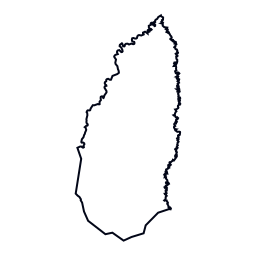 Saixan, Selenge, Mongolia (orthographic projection)
{"feature_id": "93677404B36550032188300", "entity_name": "Saixan", "entity_type": "district", "adm_level": 2, "iso_a3": "MNG", "parent_name": "Mongolia", "parent_adm1": "Selenge", "projection": "orthographic", "projection_center": [105.809, 49.34], "detail": "fine", "context": "isolated", "style": "outline", "palette": "ink", "viewbox_px": 256, "rotation_deg": 0, "n_neighbors": 0, "source": "geoboundaries", "source_scale": "gbopen_adm2", "svg_char_len": 5819}
<svg xmlns="http://www.w3.org/2000/svg" viewBox="0 0 256 256"><path d="M170.6,209.3L170.9,208.4L169.8,207.2L168.5,207.2L168.3,205.5L167.2,203.8L167.3,203.4L167.9,203.0L167.9,202.6L166.8,201.2L166.7,200.5L165.8,200.3L164.5,200.7L164.2,200.4L165.2,199.7L165.8,197.9L165.6,197.4L165.9,196.3L166.7,195.8L166.1,195.0L166.0,194.4L165.0,194.3L164.8,193.9L165.8,193.9L166.6,193.1L165.8,192.3L165.6,190.3L165.9,190.0L166.3,190.8L166.7,190.7L166.9,189.8L166.4,188.9L167.0,188.0L166.6,187.4L164.8,187.8L164.5,187.2L165.4,186.7L165.7,185.7L166.3,185.8L167.7,184.8L167.5,184.0L166.0,183.1L165.9,182.7L166.1,182.3L166.6,182.4L168.3,184.2L169.0,183.8L168.8,183.3L167.4,181.7L167.3,180.2L165.9,178.5L166.1,177.1L165.6,176.8L164.7,177.1L165.0,175.9L164.8,175.6L165.2,175.0L164.3,174.6L164.5,174.3L165.7,174.7L165.7,174.1L165.3,173.7L165.5,173.4L167.3,173.6L166.7,171.2L166.2,170.9L165.9,171.2L165.8,172.4L165.5,172.1L165.5,171.5L166.3,170.3L166.1,169.5L168.2,168.5L168.4,168.3L168.1,167.4L168.2,167.1L169.3,167.4L169.3,166.8L168.2,165.6L168.3,165.0L169.0,164.8L170.3,165.3L170.8,164.8L169.5,163.1L169.5,162.4L169.9,162.1L170.8,162.2L172.1,161.0L172.6,160.9L172.9,159.8L174.0,160.4L175.7,158.1L175.4,157.3L176.4,157.1L176.7,156.5L175.2,155.7L175.5,155.1L176.3,155.6L176.8,155.4L176.8,154.9L176.4,153.6L176.9,152.2L176.0,151.6L176.3,150.0L175.4,149.7L175.1,149.2L175.9,148.4L177.2,148.3L177.6,147.8L176.8,146.7L176.8,146.3L177.8,145.3L177.2,144.3L177.6,143.7L177.6,142.6L178.5,141.9L178.6,141.5L177.5,140.4L178.4,139.3L177.2,138.9L177.0,138.4L178.6,137.4L178.5,136.8L178.0,136.2L178.0,135.5L178.5,135.0L179.4,135.1L179.8,134.8L180.1,132.3L180.0,131.9L179.5,131.7L177.2,131.8L176.4,130.9L175.6,130.7L175.2,130.1L176.3,129.3L174.9,129.1L174.0,127.5L174.1,126.6L175.2,126.0L174.2,124.4L174.2,124.0L174.6,123.5L176.0,123.5L176.2,122.6L176.9,121.8L176.6,121.4L175.7,121.5L176.0,120.8L176.1,119.8L177.2,119.3L177.0,118.3L177.9,118.5L178.1,118.1L177.1,117.2L176.3,117.7L175.4,116.8L175.1,115.7L173.8,115.5L173.5,115.2L174.7,114.8L175.0,113.5L175.6,112.1L176.4,111.3L175.2,109.5L176.4,109.3L178.2,108.1L178.4,107.5L177.9,106.4L178.0,105.6L178.7,105.1L178.8,104.6L179.2,104.6L179.6,104.1L180.0,104.4L180.3,103.9L180.1,103.3L179.0,102.9L179.3,102.1L178.7,101.2L179.9,100.8L180.0,100.2L178.4,99.4L178.2,99.0L178.7,98.5L179.9,98.5L180.2,98.2L180.0,97.5L178.3,96.9L178.3,96.4L178.7,95.3L178.2,94.6L178.4,93.9L178.0,93.1L178.7,92.2L179.6,91.7L179.7,91.2L179.2,90.7L177.5,91.1L177.8,90.1L176.6,89.2L177.4,89.1L178.7,89.4L179.3,89.1L179.1,88.5L177.6,87.3L178.7,86.9L178.7,86.3L177.1,85.8L177.1,85.5L178.1,84.6L177.7,83.6L179.1,82.7L178.9,82.1L177.5,81.2L177.9,80.5L177.8,79.9L179.0,80.0L179.2,79.3L178.3,78.6L177.5,78.9L176.9,78.7L176.7,78.2L177.6,77.8L178.1,76.8L176.5,76.6L177.8,75.8L177.5,75.3L177.9,74.7L177.2,74.1L178.8,74.0L179.3,73.4L178.5,72.6L177.6,72.4L176.3,73.4L175.8,73.2L175.1,71.2L176.4,70.4L176.0,68.9L176.2,67.5L176.0,66.2L175.6,65.9L173.8,66.0L174.6,64.6L175.5,64.9L176.1,64.5L175.9,63.8L174.1,63.3L174.4,62.5L175.6,62.4L176.0,63.4L176.4,63.6L176.8,63.2L177.3,61.6L177.2,60.6L177.3,59.9L176.4,58.8L176.2,56.5L177.4,56.2L177.5,55.7L175.7,53.8L176.3,53.3L177.8,53.2L178.0,52.5L177.1,51.6L177.3,50.5L176.8,49.5L175.6,49.2L175.3,48.1L174.2,47.3L174.3,47.0L175.5,46.1L175.4,45.0L176.4,44.3L176.2,43.7L175.3,43.3L175.9,42.5L175.8,42.0L175.3,41.9L174.4,42.8L174.2,41.3L173.2,41.5L172.9,41.2L173.0,40.0L172.5,39.9L172.0,40.5L170.3,39.1L170.4,38.7L171.2,38.4L171.7,37.6L171.3,36.4L170.4,35.5L169.5,33.7L168.5,33.2L168.9,32.4L168.7,32.1L168.3,31.9L167.3,32.2L166.5,32.1L166.6,31.6L167.6,30.5L167.8,29.7L167.4,29.2L166.5,29.6L165.9,29.2L167.1,28.4L167.3,27.6L164.3,27.2L162.7,25.7L162.8,23.9L161.4,23.4L162.5,23.1L162.8,22.6L161.6,22.3L161.3,21.8L162.1,20.8L162.0,20.1L163.0,19.8L163.1,17.4L161.1,16.3L160.9,15.4L158.2,17.1L157.3,18.8L155.6,19.8L155.1,20.7L155.0,21.5L153.6,22.3L153.7,22.8L154.6,22.8L153.8,23.8L155.2,24.9L155.1,25.9L154.5,26.1L153.8,24.9L152.8,24.7L152.3,23.0L151.8,22.7L151.1,22.9L150.7,23.4L151.0,24.7L148.8,25.8L148.9,27.7L149.4,28.4L151.1,29.0L151.6,29.6L150.2,30.7L148.7,29.7L147.9,30.0L147.6,30.5L147.7,30.8L148.7,31.9L147.5,32.3L147.6,33.5L145.6,31.9L145.0,31.7L143.0,32.6L143.0,33.4L143.8,34.2L143.7,34.5L141.2,35.5L139.6,35.1L138.4,35.2L137.4,36.2L136.9,38.1L136.3,38.5L135.2,38.6L133.3,38.0L132.2,38.3L131.9,39.4L132.0,40.8L132.5,41.5L134.2,41.9L134.4,42.3L134.4,43.6L134.2,43.9L133.2,44.2L131.4,43.6L129.0,44.5L127.7,43.7L126.0,43.8L125.3,44.3L124.9,44.8L124.7,46.0L124.3,46.4L123.1,46.2L122.3,43.7L121.9,43.3L119.9,44.8L119.6,46.1L121.3,47.6L122.4,50.0L122.6,51.4L122.1,52.0L121.3,52.1L119.3,50.1L117.7,50.5L117.1,51.3L117.0,52.4L117.8,54.1L115.3,54.9L114.2,56.3L114.4,57.2L116.0,59.5L115.3,62.7L115.6,64.0L117.4,66.2L118.0,69.4L118.5,70.3L118.9,72.3L118.8,72.9L117.2,74.1L112.5,75.9L111.0,79.7L110.0,79.8L108.1,78.8L106.8,79.2L106.3,79.7L106.2,81.3L105.0,82.1L104.7,83.1L105.3,84.5L106.2,85.1L106.4,85.8L104.8,86.4L104.6,86.8L104.5,87.7L106.5,91.1L106.5,92.4L104.2,95.7L104.1,96.7L103.5,98.0L103.1,97.8L102.9,96.9L102.4,96.4L101.5,96.4L100.8,96.8L100.6,98.0L100.9,100.1L99.6,101.6L99.6,104.2L99.0,104.4L97.9,104.0L94.3,105.3L92.8,105.2L90.6,108.6L90.2,110.1L89.8,110.4L87.6,110.4L86.9,111.3L86.6,112.2L87.2,113.0L87.4,115.2L86.4,119.2L86.6,120.6L86.4,122.0L86.6,123.0L87.7,124.3L87.7,125.2L87.4,125.6L86.4,125.7L84.8,127.1L85.7,127.7L85.8,128.7L86.2,129.5L86.1,130.3L85.1,132.5L84.8,133.9L84.1,135.0L83.5,137.2L81.9,139.2L81.3,142.0L81.7,142.6L83.3,142.6L84.2,143.3L84.4,144.2L83.5,145.7L83.9,147.2L83.4,147.6L82.8,147.6L81.2,146.5L80.2,146.5L77.4,147.8L81.2,158.8L75.7,193.6L77.7,195.7L79.4,196.9L80.9,199.3L80.7,200.3L82.1,202.6L84.0,211.5L88.1,220.8L105.4,234.2L112.4,232.7L123.6,240.6L131.5,237.0L143.6,233.3L145.7,225.3L158.1,212.7L169.0,209.1L170.6,209.3Z" fill="none" stroke="#020617" stroke-width="2"/></svg>